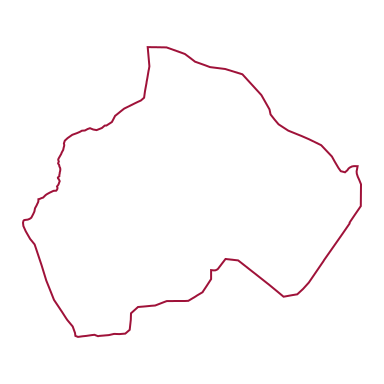 Bilad Atta'am, Raymah, Yemen (Mercator projection)
{"feature_id": "15242507B17948555439182", "entity_name": "Bilad Atta'am", "entity_type": "district", "adm_level": 2, "iso_a3": "YEM", "parent_name": "Yemen", "parent_adm1": "Raymah", "projection": "mercator", "projection_center": [43.572, 14.838], "detail": "fine", "context": "isolated", "style": "outline", "palette": "rose", "viewbox_px": 384, "rotation_deg": 0, "n_neighbors": 0, "source": "geoboundaries", "source_scale": "gbopen_adm2", "svg_char_len": 2964}
<svg xmlns="http://www.w3.org/2000/svg" viewBox="0 0 384 384"><path d="M147.7,47.1L149.4,66.3L148.9,69.3L148.6,70.5L147.3,78.3L146.6,82.0L146.5,83.0L145.3,89.5L145.0,91.1L144.1,97.7L143.2,98.5L140.9,100.5L138.0,101.8L134.7,103.4L124.2,108.6L123.8,108.9L120.9,111.2L119.8,112.1L118.2,113.4L115.6,115.5L115.2,115.7L113.9,118.2L113.5,119.0L111.9,122.0L110.7,122.8L106.5,125.5L106.0,125.5L104.7,125.6L101.9,128.0L96.6,130.1L93.2,129.5L90.0,128.2L87.7,129.0L84.9,130.5L81.9,130.7L79.8,131.9L77.0,133.1L72.3,134.8L67.6,138.1L64.8,140.7L63.9,143.5L64.2,144.6L64.2,145.7L63.6,147.9L63.2,149.9L62.4,151.3L62.3,151.5L61.7,152.6L61.2,154.0L60.5,155.2L58.5,158.7L58.2,159.8L58.5,160.8L58.8,161.6L58.1,163.3L58.6,164.3L59.0,164.7L59.2,165.2L59.4,166.5L60.1,167.9L60.3,168.9L60.3,169.9L60.1,171.2L59.7,172.8L59.7,173.5L59.3,175.1L59.4,176.1L58.6,176.9L57.9,177.5L58.0,178.4L58.7,179.1L59.3,180.3L59.6,180.9L59.7,181.2L59.3,182.2L58.4,184.7L58.0,185.2L57.4,185.9L57.0,186.6L57.4,187.4L57.5,188.1L57.2,189.3L56.6,190.2L56.2,190.7L53.7,190.8L52.5,191.3L51.3,191.9L50.0,192.5L48.5,193.3L46.9,194.2L45.6,195.1L43.1,197.6L41.5,198.1L40.6,198.5L39.7,198.9L38.4,199.2L38.4,200.4L38.3,201.6L37.8,202.9L37.4,203.6L36.6,205.4L35.0,208.3L34.4,211.5L33.1,214.3L31.3,217.7L29.6,218.9L28.5,219.3L27.8,219.6L25.4,219.9L24.2,220.1L23.5,220.8L23.4,221.1L23.0,222.8L23.4,226.1L25.7,231.2L30.1,238.9L34.6,244.4L35.5,247.0L41.6,265.3L46.3,280.6L49.4,288.3L54.0,299.9L58.7,306.9L61.0,310.4L61.7,311.4L66.0,318.1L67.3,320.0L72.7,326.5L75.0,332.9L75.4,335.9L78.0,336.9L82.4,336.3L86.3,335.9L91.8,335.1L94.5,334.8L94.8,334.9L95.9,335.4L96.3,335.5L98.0,336.2L99.4,335.9L108.8,335.1L114.1,333.9L119.4,334.1L125.3,333.6L129.7,329.8L130.8,319.8L131.0,313.3L132.0,312.4L138.0,307.0L145.2,306.4L151.2,305.8L155.2,305.5L164.0,302.1L166.7,301.1L176.8,301.0L178.1,301.0L183.8,301.0L185.0,301.0L186.8,300.9L188.2,300.9L195.9,296.3L196.1,296.1L197.2,295.4L202.6,292.2L202.9,291.6L206.5,286.2L211.1,279.1L211.1,270.1L211.9,270.2L214.0,270.4L215.5,270.3L217.4,269.4L218.1,268.7L225.5,259.0L238.1,260.4L238.4,260.6L259.8,277.4L267.9,283.8L268.2,284.0L271.0,286.3L277.8,291.9L283.2,296.4L283.6,296.7L287.0,296.1L291.9,295.2L297.3,294.3L297.5,294.1L303.1,288.9L308.8,282.6L323.5,261.1L324.0,260.2L342.5,233.8L349.6,223.5L349.6,222.6L350.1,221.9L350.3,221.5L355.1,214.4L360.8,206.1L361.0,184.3L359.1,179.6L357.8,176.8L356.8,173.7L356.6,171.3L357.2,168.4L357.6,166.2L356.8,166.2L354.9,166.1L353.4,166.2L351.9,166.5L349.7,167.6L348.5,168.6L347.3,170.3L345.9,171.5L345.0,172.3L343.6,171.9L340.8,171.2L338.5,168.0L334.6,161.4L331.9,156.5L321.2,145.2L308.9,139.2L301.3,135.9L299.3,135.1L288.9,130.9L288.2,130.6L278.7,124.4L278.3,124.0L274.5,119.5L270.6,114.5L270.5,114.2L269.5,109.4L261.4,95.1L242.4,74.3L225.2,69.0L210.0,67.1L205.2,65.3L196.5,62.2L196.0,62.0L195.2,61.8L191.3,58.8L184.9,54.0L182.2,53.0L166.5,47.4L155.0,47.2L154.4,47.2L153.1,47.2L152.8,47.2L147.7,47.1Z" fill="none" stroke="#9f1239" stroke-width="2"/></svg>